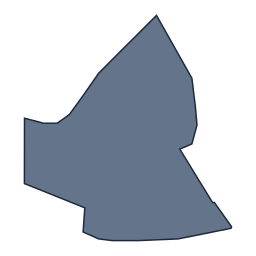 Seodaemun-gu, Seoul, South Korea (Albers equal-area conic projection)
{"feature_id": "91817680B65126245655882", "entity_name": "Seodaemun-gu", "entity_type": "district", "adm_level": 2, "iso_a3": "KOR", "parent_name": "South Korea", "parent_adm1": "Seoul", "projection": "albers", "projection_center": [126.947, 37.574], "detail": "fine", "context": "isolated", "style": "filled", "palette": "slate", "viewbox_px": 256, "rotation_deg": 0, "n_neighbors": 0, "source": "geoboundaries", "source_scale": "gbopen_adm2", "svg_char_len": 439}
<svg xmlns="http://www.w3.org/2000/svg" viewBox="0 0 256 256"><path d="M24.5,118.2L24.4,183.6L84.8,207.8L83.1,232.0L98.6,238.9L112.5,240.6L138.4,240.6L178.1,238.9L231.0,228.3L231.6,226.8L214.3,202.4L212.6,202.6L198.8,180.2L179.8,149.1L191.9,143.9L197.0,125.0L195.3,106.0L191.9,78.3L156.5,15.4L138.4,33.5L124.5,47.3L98.7,73.2L83.1,95.6L69.3,114.6L57.2,123.2L43.4,123.2L24.5,118.2Z" fill="#64748b" stroke="#1e293b" stroke-width="1.5"/></svg>